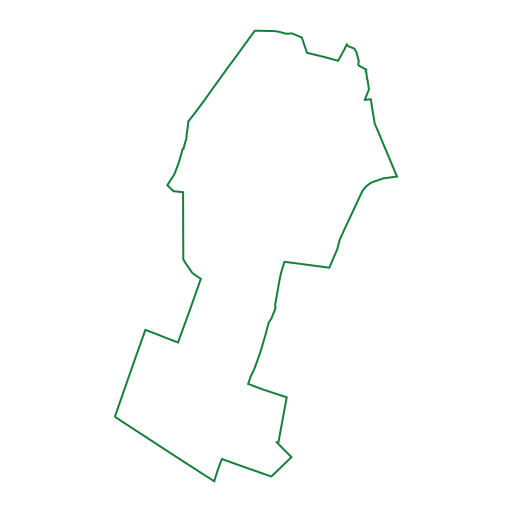 Simand, Arad, Romania (orthographic projection)
{"feature_id": "2599482B98372342042544", "entity_name": "Simand", "entity_type": "district", "adm_level": 2, "iso_a3": "ROU", "parent_name": "Romania", "parent_adm1": "Arad", "projection": "orthographic", "projection_center": [21.427, 46.377], "detail": "fine", "context": "isolated", "style": "outline", "palette": "green", "viewbox_px": 512, "rotation_deg": 0, "n_neighbors": 0, "source": "geoboundaries", "source_scale": "gbopen_adm2", "svg_char_len": 1919}
<svg xmlns="http://www.w3.org/2000/svg" viewBox="0 0 512 512"><path d="M271.2,476.5L273.6,474.4L286.4,462.0L291.4,457.1L276.9,442.4L278.5,442.0L281.1,427.7L286.7,397.3L262.6,389.4L248.2,383.9L250.5,376.9L254.3,369.0L257.0,361.6L260.3,352.4L265.3,335.4L268.8,322.4L271.4,318.6L273.0,314.4L275.1,309.4L275.5,307.6L275.1,304.6L275.7,301.8L279.2,281.7L281.0,273.0L284.5,261.8L287.5,262.2L329.3,267.7L337.2,249.4L338.6,244.0L339.7,239.8L345.0,228.1L358.0,200.4L362.6,190.6L365.8,186.7L369.0,184.2L370.4,183.0L370.7,182.9L373.9,181.6L380.9,179.3L383.2,178.4L383.7,178.3L384.0,178.3L384.6,178.2L385.6,178.1L387.8,177.8L389.6,177.5L395.6,176.7L396.7,176.6L396.8,176.5L397.0,176.5L395.8,173.8L394.9,171.6L380.9,138.2L378.6,132.6L374.8,123.9L373.2,114.6L370.8,99.2L365.1,99.9L364.8,99.8L369.0,89.3L368.7,87.8L367.6,80.1L367.2,79.8L366.3,72.1L365.6,71.7L366.2,70.2L366.4,69.7L358.6,65.5L358.4,64.5L358.4,64.0L358.4,63.0L358.6,61.9L358.8,61.0L357.8,57.6L357.2,55.7L357.3,55.2L357.0,54.5L356.4,52.0L354.3,48.6L348.5,46.3L346.7,44.5L344.4,49.4L338.1,60.8L324.7,57.1L307.0,52.8L301.8,37.5L296.8,35.4L295.3,34.8L291.9,33.4L288.2,33.7L285.4,33.6L279.1,31.8L274.6,31.1L255.3,30.7L254.6,31.0L243.2,46.6L235.0,58.0L228.8,66.2L221.4,76.5L214.2,86.5L204.6,100.0L194.1,114.1L192.0,116.8L189.6,119.8L188.0,121.9L188.1,122.1L188.3,122.7L188.1,124.6L187.8,126.6L186.4,136.3L186.5,138.4L185.2,142.3L184.3,145.6L183.6,148.6L182.8,148.6L180.1,158.1L178.7,163.0L174.2,174.6L167.3,185.2L173.5,191.2L183.1,192.2L183.2,231.3L183.3,259.3L184.6,261.7L192.4,273.1L200.8,278.9L189.8,310.2L188.5,313.7L178.0,342.5L166.8,338.2L151.8,332.3L149.4,331.4L145.4,329.9L136.6,354.5L118.7,405.7L115.0,416.4L115.7,417.4L118.6,419.2L123.4,422.4L162.5,447.9L185.1,462.6L193.2,467.8L202.8,474.0L210.3,478.7L214.2,481.3L214.4,481.3L214.6,480.0L217.9,469.5L221.9,459.0L235.4,463.9L249.5,468.9L267.0,475.0L271.2,476.5Z" fill="none" stroke="#15803d" stroke-width="2"/></svg>